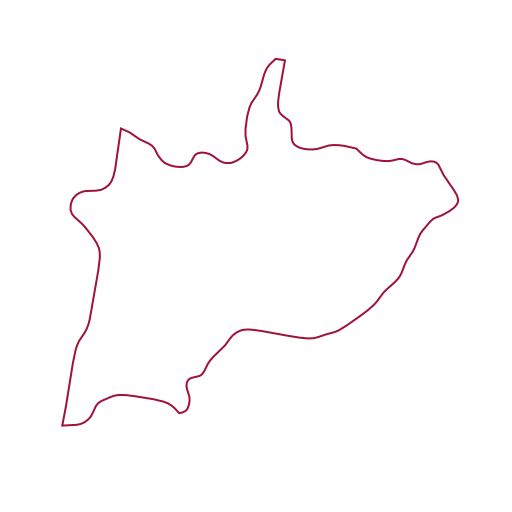 Hostos, Duarte, Dominican Republic (Albers equal-area conic projection), rotated 279°
{"feature_id": "3306468B93342772649109", "entity_name": "Hostos", "entity_type": "district", "adm_level": 2, "iso_a3": "DOM", "parent_name": "Dominican Republic", "parent_adm1": "Duarte", "projection": "albers", "projection_center": [-70.015, 19.128], "detail": "fine", "context": "isolated", "style": "outline", "palette": "rose", "viewbox_px": 512, "rotation_deg": 279, "n_neighbors": 0, "source": "geoboundaries", "source_scale": "gbopen_adm2", "svg_char_len": 2833}
<svg xmlns="http://www.w3.org/2000/svg" viewBox="0 0 512 512"><g transform="rotate(279 256 256)"><path d="M58.2,91.2L61.2,105.3L62.8,109.4L65.1,112.8L68.0,115.6L71.3,117.8L75.2,119.2L82.6,121.3L85.9,123.1L88.5,125.9L93.7,134.0L95.7,137.6L97.2,141.9L98.3,149.3L98.6,159.4L98.5,177.3L97.7,187.3L96.7,192.1L94.9,196.3L92.7,199.8L88.8,204.7L89.9,207.8L91.9,210.6L93.4,211.7L95.1,212.4L98.9,213.1L102.9,213.0L106.9,212.1L113.3,208.9L116.6,207.7L120.1,207.5L121.8,208.0L123.4,208.8L124.6,210.0L125.5,211.4L128.6,218.8L129.6,220.2L130.9,221.3L134.2,222.9L141.9,225.3L145.9,227.2L149.7,229.6L162.7,239.3L170.3,243.2L173.9,245.4L176.9,248.2L178.2,249.7L180.4,253.3L181.2,255.4L182.2,259.7L182.6,264.2L182.8,273.3L182.2,300.5L182.2,312.7L182.7,319.9L183.5,324.6L184.2,326.8L185.9,330.6L189.7,337.8L193.2,345.7L195.7,349.6L201.9,356.8L215.4,370.6L220.6,375.5L226.1,380.0L229.9,382.5L239.6,387.5L243.3,390.2L252.3,397.5L256.1,400.0L258.2,401.1L262.4,402.5L270.9,404.3L275.1,405.5L284.3,409.9L288.4,411.3L299.1,413.5L303.4,414.7L307.1,416.5L317.3,422.7L320.3,425.1L321.5,426.6L325.3,433.3L330.3,439.7L334.6,444.0L337.8,446.0L339.6,446.7L341.5,447.0L343.6,446.7L347.2,445.1L352.1,441.1L365.2,428.7L374.9,421.7L376.5,419.2L377.1,416.2L376.7,413.2L375.5,409.9L373.0,405.0L372.3,403.2L371.7,400.1L372.0,395.3L374.2,388.6L374.7,385.2L374.1,381.8L371.3,374.9L370.3,371.1L369.8,367.0L369.6,360.7L370.0,354.3L370.8,350.2L371.5,348.2L373.3,344.7L377.8,338.3L378.6,325.9L378.4,320.7L377.8,315.6L376.6,310.8L371.3,299.7L370.0,294.9L369.4,290.1L369.4,285.3L370.1,280.7L371.8,276.9L373.1,275.4L375.0,274.0L377.0,273.1L388.0,271.0L392.1,269.6L393.8,268.5L395.1,267.1L398.5,260.5L400.9,257.3L402.7,256.0L407.1,254.4L412.1,253.7L420.1,253.4L453.8,254.0L453.8,244.6L447.2,239.5L443.5,237.5L441.4,236.8L437.1,235.7L423.8,234.1L419.5,233.2L415.5,231.8L406.2,227.5L401.6,226.3L391.9,225.4L379.7,225.8L372.8,226.9L363.9,230.2L360.4,230.8L358.3,230.4L356.3,229.7L352.7,227.6L349.4,224.7L346.6,221.3L344.3,217.4L343.6,215.2L343.1,210.9L343.3,208.7L344.5,204.8L348.0,198.0L349.4,194.3L349.9,190.2L349.7,186.3L348.5,182.7L347.4,181.1L346.1,180.0L344.6,179.2L338.3,177.0L336.8,176.2L335.3,175.1L334.1,173.6L332.6,170.0L331.9,165.9L331.7,161.6L332.1,157.2L333.1,152.9L333.9,150.8L336.2,147.4L340.3,143.2L346.3,138.9L348.6,136.1L350.2,132.6L353.1,122.7L358.4,111.6L360.8,102.7L319.7,103.3L312.2,102.7L307.4,101.6L305.1,100.6L303.3,99.6L300.2,96.9L297.7,93.6L296.8,91.8L295.5,87.8L293.5,77.5L292.8,75.5L290.8,71.9L288.1,68.9L284.7,66.6L282.7,65.8L278.5,65.0L274.4,65.3L272.4,65.7L268.8,67.6L266.3,70.4L260.6,79.1L256.0,84.6L249.4,91.7L243.9,96.5L239.9,99.2L237.8,100.2L235.4,101.0L230.4,102.0L217.5,102.5L167.6,101.7L162.5,101.2L157.6,100.2L153.3,98.7L144.1,94.4L139.4,93.2L134.5,92.5L121.8,91.9L78.0,91.8L58.2,91.2Z" fill="none" stroke="#9f1239" stroke-width="2"/></g></svg>